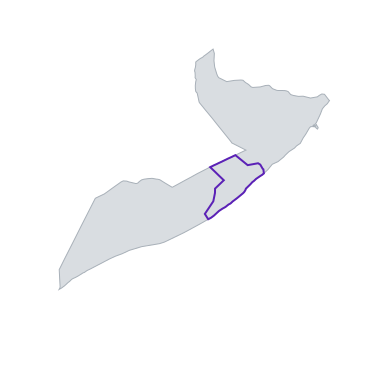 Mudug highlighted on a map of Somalia, rotated 27°
{"feature_id": "SOM-2412", "entity_name": "Mudug", "entity_type": "Region", "adm_level": 1, "iso_a3": "SOM", "parent_name": "Somalia", "parent_adm1": "", "projection": "equal_earth", "projection_center": [47.931, 6.026], "detail": "fine", "context": "in_parent", "style": "outline", "palette": "violet", "viewbox_px": 384, "rotation_deg": 27, "n_neighbors": 0, "source": "natural_earth", "source_scale": "10m", "svg_char_len": 3275}
<svg xmlns="http://www.w3.org/2000/svg" viewBox="0 0 384 384"><g transform="rotate(27 192 192)"><path d="M117.8,337.4L117.6,336.5L116.1,333.9L113.2,328.9L111.1,325.2L108.9,321.4L108.9,318.3L108.8,309.2L108.8,291.0L108.7,272.8L108.7,254.6L108.7,245.5L108.7,241.8L108.9,241.2L111.4,237.9L114.8,233.5L119.1,225.1L121.5,220.5L123.5,216.7L124.0,215.6L125.7,213.3L129.0,211.9L131.0,211.7L138.0,210.0L139.1,209.3L139.7,208.5L140.3,206.6L141.6,204.1L143.4,202.4L146.7,200.1L150.0,198.1L150.7,197.8L154.7,196.6L155.6,196.2L157.2,195.8L157.9,195.7L163.3,196.2L167.6,196.5L172.0,196.8L172.4,196.6L175.5,192.1L180.4,184.9L183.6,180.3L188.4,173.2L192.1,168.1L196.2,162.4L200.2,157.3L205.0,151.1L208.0,147.2L212.7,141.1L217.1,135.3L221.0,130.2L215.6,130.2L210.3,130.2L205.1,130.2L204.2,129.6L199.8,127.6L194.2,125.1L187.3,122.0L182.4,119.8L177.2,117.4L171.9,115.1L167.7,113.3L162.5,111.0L158.0,109.0L157.4,108.5L154.9,105.4L151.6,101.4L151.0,101.4L149.5,100.5L148.1,98.4L146.6,95.6L145.3,92.2L144.7,89.8L142.9,88.8L142.1,87.0L140.5,84.2L139.3,82.9L138.9,81.7L138.4,79.3L137.5,76.7L136.6,75.1L136.4,74.4L136.5,73.9L138.2,70.4L138.9,69.1L139.8,67.9L140.5,66.7L140.7,65.8L142.8,61.7L144.5,58.0L145.9,55.1L149.0,58.4L152.0,65.1L155.5,70.4L160.3,75.4L162.2,77.1L163.9,78.0L172.8,77.9L179.1,73.3L184.8,70.0L186.7,69.3L190.0,70.2L193.6,70.5L196.9,71.5L198.6,71.3L205.1,67.4L209.2,63.7L211.9,62.1L213.0,62.1L216.8,63.4L221.7,62.9L228.4,59.6L230.5,59.0L232.1,58.9L235.7,60.4L236.3,60.3L238.3,60.0L243.4,58.5L247.5,56.2L254.9,54.5L260.5,50.3L261.5,48.2L263.2,45.7L265.7,44.8L272.0,47.8L273.0,48.1L272.7,49.9L272.5,51.8L271.2,55.0L270.4,58.7L271.0,64.2L271.3,73.2L271.2,74.5L270.8,75.8L270.6,76.8L269.9,77.1L269.6,77.7L270.1,77.9L272.1,77.0L272.0,75.9L272.2,75.4L273.8,76.6L275.0,77.1L275.3,78.2L275.2,79.0L273.4,78.6L272.4,78.0L269.7,79.0L268.0,80.0L267.5,81.8L267.1,88.9L266.5,93.4L266.4,99.5L264.2,103.5L263.4,106.3L260.1,112.0L258.4,116.8L257.8,119.2L254.9,125.8L250.9,130.9L249.5,137.5L248.1,141.5L246.5,145.2L242.9,151.8L241.1,156.4L238.9,164.4L238.2,169.4L231.8,184.0L225.1,195.7L221.0,205.5L213.6,216.9L203.4,231.7L190.2,249.1L186.6,252.7L172.0,263.5L162.6,272.5L157.8,278.7L152.8,284.1L148.8,289.2L136.6,306.4L135.4,308.0L134.2,309.5L132.7,312.4L131.6,313.6L128.7,318.5L126.9,321.1L124.9,323.6L124.1,325.4L123.5,327.4L122.8,328.6L121.0,333.5L119.4,336.7L117.8,339.2L117.8,337.4Z" fill="#d9dde1" stroke="#a8b0b8" stroke-width="1"/><path d="M196.9,161.6L197.2,161.1L197.6,160.7L198.3,159.8L199.0,158.8L199.3,158.4L200.1,157.4L200.9,156.4L201.7,155.4L202.4,154.4L203.2,153.4L204.0,152.4L204.8,151.4L205.5,150.4L206.3,149.4L207.1,148.3L207.9,147.3L208.6,146.3L209.4,145.3L210.2,144.3L211.0,143.3L211.8,142.3L212.5,141.3L213.3,140.3L213.9,139.5L214.3,139.6L214.5,139.6L229.4,142.8L237.8,136.4L240.4,136.6L244.4,139.2L245.3,139.4L247.6,142.8L246.7,144.9L245.7,146.5L243.2,151.1L242.1,154.2L241.3,155.7L240.5,158.7L238.6,164.2L238.5,164.7L238.6,165.2L238.7,166.1L238.7,166.5L238.5,168.4L238.0,170.0L236.6,173.2L235.0,176.9L232.5,182.0L231.7,184.3L231.3,185.1L230.2,186.6L228.6,190.2L226.7,193.0L224.6,196.7L222.3,203.0L220.6,206.4L218.8,208.9L213.4,205.7L215.2,190.6L212.9,182.4L211.0,178.5L215.0,167.1L209.0,165.3L202.9,163.4L196.9,161.6Z" fill="none" stroke="#5b21b6" stroke-width="2"/></g></svg>